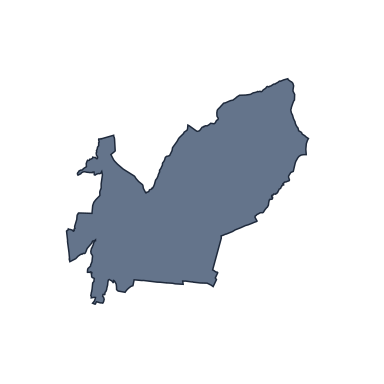 Cosula, Botosani, Romania, rotated 240°
{"feature_id": "2599482B64226184925060", "entity_name": "Cosula", "entity_type": "district", "adm_level": 2, "iso_a3": "ROU", "parent_name": "Romania", "parent_adm1": "Botosani", "projection": "equal_earth", "projection_center": [26.776, 47.6], "detail": "fine", "context": "isolated", "style": "filled", "palette": "slate", "viewbox_px": 384, "rotation_deg": 240, "n_neighbors": 0, "source": "geoboundaries", "source_scale": "gbopen_adm2", "svg_char_len": 6021}
<svg xmlns="http://www.w3.org/2000/svg" viewBox="0 0 384 384"><g transform="rotate(240 192 192)"><path d="M252.0,221.9L248.9,219.7L248.0,218.6L247.7,215.0L246.9,214.0L245.4,208.2L244.9,207.0L243.3,204.4L240.1,197.3L237.8,195.4L234.8,190.9L235.0,189.3L235.6,187.8L235.3,186.2L233.4,184.2L232.4,182.6L232.0,181.4L231.5,180.7L229.9,179.7L229.5,178.9L227.9,176.7L227.1,174.8L226.6,174.6L226.4,174.3L225.9,174.2L225.3,173.7L225.0,173.0L223.5,171.1L223.0,170.8L221.3,168.4L220.5,166.4L217.4,163.3L216.2,161.8L215.1,159.9L215.4,159.6L215.3,159.1L214.9,159.0L214.8,157.7L215.1,156.9L215.1,156.2L214.0,154.8L214.2,153.0L214.5,152.4L214.2,151.7L214.8,151.5L219.4,151.7L222.1,152.7L223.1,152.8L227.8,151.0L231.8,150.2L233.9,150.2L234.7,150.0L246.2,143.9L253.3,141.4L257.4,140.4L259.1,140.2L265.0,140.5L265.8,145.5L266.1,146.1L276.6,151.4L278.0,151.9L279.2,152.0L280.3,152.5L283.3,140.5L283.5,140.2L283.3,140.1L284.5,137.7L283.8,137.2L281.7,136.6L281.3,135.7L280.0,135.1L279.5,134.6L278.7,134.3L278.1,132.6L276.3,131.1L275.7,130.0L274.2,129.4L273.9,128.7L273.6,128.5L271.8,127.7L269.8,127.8L268.9,127.4L268.3,126.7L268.3,126.3L268.8,125.9L269.5,125.7L270.1,125.8L270.9,124.4L271.8,123.5L271.2,122.9L270.9,122.1L271.1,120.4L271.5,119.7L270.8,119.0L271.1,118.0L271.4,117.6L271.7,117.4L270.9,116.2L269.5,114.6L266.7,113.2L266.5,109.4L266.0,108.6L266.0,108.2L266.4,106.8L266.6,106.6L266.7,104.6L266.3,104.1L265.8,102.7L265.5,102.2L264.9,101.8L263.6,101.7L263.4,104.8L263.9,106.1L263.8,107.9L263.2,109.2L261.6,110.9L260.6,112.4L260.0,113.0L259.2,114.5L258.7,115.1L258.6,115.3L258.9,115.7L258.3,117.1L255.8,116.0L255.1,116.5L255.2,118.2L254.8,120.1L254.1,121.1L253.9,121.8L253.9,122.3L254.9,124.1L251.6,123.0L244.5,117.4L240.8,115.3L239.1,113.1L238.1,112.1L235.2,110.6L234.8,109.8L233.4,104.8L232.2,101.9L229.9,99.2L223.5,94.7L230.5,83.4L230.4,82.6L230.0,82.4L229.5,81.1L228.8,80.5L225.9,78.5L221.0,73.3L220.3,72.8L219.0,72.5L218.8,71.3L218.5,71.0L217.6,70.8L217.3,69.9L217.4,69.6L218.8,69.3L220.3,68.0L221.2,66.8L221.9,66.4L221.0,65.4L220.9,64.9L221.1,64.6L220.9,63.8L212.4,60.1L211.3,59.4L201.1,55.2L195.1,52.4L195.2,52.1L192.7,51.4L192.4,58.0L193.4,61.3L193.6,64.1L193.5,65.3L193.1,65.6L193.2,67.2L192.6,67.9L192.4,68.5L192.6,69.2L193.8,70.9L195.0,72.2L195.7,73.4L197.9,79.6L199.1,81.2L199.1,81.6L198.7,82.6L198.6,83.5L198.8,84.5L198.1,84.1L198.4,83.7L198.3,83.4L197.1,81.3L195.8,80.3L194.5,78.4L193.7,77.7L193.7,77.1L193.4,76.7L191.2,74.7L189.4,73.9L186.8,74.0L186.2,73.8L181.5,70.4L181.0,69.6L180.5,69.1L179.7,67.9L178.5,67.0L177.8,63.7L176.9,62.7L174.8,61.3L174.5,61.5L174.1,62.6L173.7,62.9L173.7,63.3L173.4,63.9L173.6,64.2L173.5,64.4L173.1,64.6L172.8,64.5L172.5,64.9L172.0,64.9L171.8,64.7L171.6,63.8L171.0,63.8L168.7,62.7L167.7,62.9L166.4,64.0L165.8,64.1L164.9,63.2L163.6,62.4L162.9,60.5L158.1,57.1L156.0,55.4L155.0,54.3L154.0,53.6L153.0,52.6L151.7,52.5L150.7,51.8L149.7,54.6L148.9,55.7L147.8,54.7L146.3,52.8L145.4,50.3L143.7,51.6L143.3,52.0L143.3,52.4L144.7,54.2L144.7,54.4L141.8,57.2L140.9,58.7L140.4,59.1L140.5,59.5L141.5,60.9L143.0,62.3L145.1,62.8L146.2,62.4L147.6,63.5L147.8,63.8L147.7,64.1L146.9,64.8L146.8,65.2L148.3,66.3L148.7,66.8L148.9,67.7L150.2,69.3L151.5,70.3L153.6,72.4L155.5,73.7L157.5,75.4L157.6,75.8L157.6,76.6L156.1,77.4L155.4,78.0L153.0,78.4L153.0,78.8L154.6,79.9L154.4,80.1L153.0,80.4L150.2,80.3L147.8,79.3L145.2,77.9L143.6,78.3L143.0,78.7L138.6,83.9L138.8,84.1L140.0,87.3L140.5,89.7L140.8,92.0L140.4,94.0L144.9,98.0L140.4,104.3L139.7,105.7L131.4,116.7L129.7,119.4L125.9,124.6L126.0,124.7L125.5,125.3L122.8,129.4L120.9,131.5L116.5,138.2L119.5,139.4L118.4,141.2L118.3,141.6L114.4,146.6L113.9,147.6L113.7,147.6L113.3,148.0L109.0,153.8L105.5,159.5L101.8,162.0L99.5,163.0L103.9,169.4L105.9,169.2L109.2,173.9L109.9,173.8L110.9,172.6L113.4,171.5L114.2,170.9L137.4,194.3L139.4,195.3L139.0,197.2L138.7,200.0L138.4,200.7L137.5,207.4L137.6,210.5L136.7,216.4L136.2,221.6L135.5,224.2L134.9,228.3L134.6,231.0L134.2,232.8L134.3,233.8L138.7,233.9L139.7,234.9L139.6,235.3L139.7,236.1L140.1,237.1L139.9,237.8L139.9,240.7L139.5,241.6L138.7,242.9L138.8,243.7L140.2,246.4L141.2,249.1L141.2,249.7L142.4,251.6L144.3,253.0L146.4,254.9L146.7,255.9L146.2,256.4L146.2,257.0L145.8,257.5L145.8,258.0L146.7,259.0L147.5,259.2L147.9,258.5L149.0,259.2L149.2,259.9L148.9,260.2L148.8,260.5L149.4,261.7L148.4,263.2L148.3,263.5L148.7,263.9L148.4,264.8L148.7,265.3L148.8,266.0L149.4,266.5L149.7,267.3L150.9,268.9L150.8,270.5L151.7,271.5L151.9,272.4L152.6,272.9L152.7,273.6L152.3,274.9L152.8,275.1L153.5,274.8L153.8,274.9L153.9,276.1L154.3,276.9L153.6,279.0L153.6,279.8L153.2,281.5L153.3,282.0L153.9,282.5L156.1,282.9L157.5,283.6L159.5,287.3L159.2,290.0L165.5,295.9L166.6,297.2L168.8,300.9L169.4,302.7L169.4,305.1L168.5,307.4L167.2,309.6L172.2,312.0L176.7,315.2L178.9,317.7L180.1,319.6L182.4,318.4L184.4,317.8L186.6,316.6L187.2,316.4L188.6,316.6L189.3,316.4L191.8,315.0L193.7,315.6L195.0,315.8L195.7,315.5L197.8,315.5L200.0,315.8L201.1,316.3L204.9,316.6L208.4,317.5L210.7,317.6L213.8,318.6L214.5,319.5L215.7,320.5L218.9,324.2L220.1,325.8L220.4,326.7L225.2,329.7L228.8,329.9L230.3,330.8L233.1,333.1L235.7,333.7L237.6,333.3L238.2,332.8L240.9,331.6L241.6,331.4L242.2,331.6L243.3,327.3L243.7,323.9L244.1,323.7L244.3,323.0L244.0,321.3L244.1,318.8L243.9,318.4L244.6,316.5L244.4,313.1L244.8,311.9L244.6,311.3L244.8,310.8L245.6,310.2L245.8,309.7L245.6,308.9L245.0,307.7L244.8,304.7L244.2,303.2L244.2,302.4L244.3,301.9L245.2,301.3L245.6,299.7L246.3,299.0L246.2,298.3L246.6,296.6L247.3,294.5L247.3,291.5L249.2,286.8L252.0,281.6L251.9,278.5L251.5,276.7L251.1,273.3L251.7,271.7L252.0,270.3L252.5,265.6L253.1,263.8L251.7,259.4L251.2,258.1L251.0,256.8L250.2,254.8L248.3,253.2L246.1,252.0L245.0,251.5L243.1,251.6L242.4,251.4L241.7,250.4L241.8,249.6L241.5,248.6L240.5,247.1L240.1,246.0L240.1,245.2L242.2,242.5L241.8,240.9L241.7,238.7L241.8,238.1L242.7,236.6L242.6,235.4L242.8,235.5L242.9,235.3L242.8,234.3L243.0,233.1L241.6,229.9L241.4,229.0L241.4,228.3L241.9,226.9L242.3,226.5L250.7,222.7L252.0,221.9Z" fill="#64748b" stroke="#1e293b" stroke-width="1.5"/></g></svg>